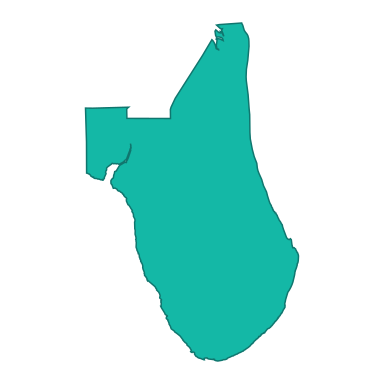 Kusini, Zanzibar South and Central, United Republic of Tanzania
{"feature_id": "72390352B36829534131483", "entity_name": "Kusini", "entity_type": "district", "adm_level": 2, "iso_a3": "TZA", "parent_name": "United Republic of Tanzania", "parent_adm1": "Zanzibar South and Central", "projection": "orthographic", "projection_center": [39.51, -6.327], "detail": "fine", "context": "isolated", "style": "filled", "palette": "teal", "viewbox_px": 384, "rotation_deg": 0, "n_neighbors": 0, "source": "geoboundaries", "source_scale": "gbopen_adm2", "svg_char_len": 6021}
<svg xmlns="http://www.w3.org/2000/svg" viewBox="0 0 384 384"><path d="M219.2,24.6L216.6,25.1L220.2,28.4L221.4,28.9L222.4,28.7L222.2,29.3L221.4,29.5L223.6,35.4L223.7,36.3L221.6,32.0L220.2,31.4L220.4,32.9L219.0,32.6L215.8,29.9L215.0,31.2L215.6,35.4L216.4,37.0L219.3,37.0L221.6,37.6L222.8,39.0L223.2,40.6L221.1,39.6L220.3,39.0L216.4,38.5L216.2,39.4L217.1,40.0L216.3,45.6L216.7,47.3L216.6,48.1L217.4,48.7L218.6,49.3L218.6,49.8L216.2,48.7L215.4,45.4L214.1,42.5L213.0,40.8L211.9,39.7L202.4,55.7L175.3,98.2L171.1,107.1L170.4,109.4L170.5,118.5L126.9,118.4L126.7,109.2L127.3,108.3L128.6,107.2L92.8,108.2L85.5,108.1L86.5,141.9L86.6,173.1L87.4,173.2L88.5,173.9L89.4,174.1L90.6,175.4L90.8,176.0L91.5,176.5L92.0,176.6L92.3,177.0L92.7,177.2L93.5,177.1L93.5,177.6L94.2,178.2L95.1,178.5L96.2,178.4L98.0,179.1L98.9,179.0L100.7,179.8L101.5,179.8L102.1,179.5L102.3,180.1L103.0,180.2L104.4,178.2L104.3,177.5L106.0,173.8L106.0,173.2L105.6,172.6L105.6,172.2L106.1,170.5L106.4,170.4L106.6,169.8L106.6,168.2L106.9,167.6L108.0,166.6L111.6,164.0L111.7,163.7L112.2,163.3L113.9,163.8L114.2,163.6L115.9,163.6L116.2,163.9L117.5,163.6L118.7,164.2L119.3,164.2L123.3,162.0L125.2,160.1L125.8,159.8L126.7,158.7L129.2,151.9L129.6,151.2L130.1,149.0L130.8,147.8L130.6,146.7L130.8,145.7L130.4,143.6L130.9,145.5L130.8,146.3L131.1,147.8L130.6,149.0L130.3,149.3L130.2,149.7L130.4,150.4L130.7,150.4L130.5,151.1L129.8,153.2L128.3,157.8L127.0,160.7L126.2,161.5L126.1,161.9L126.4,162.4L126.2,162.6L125.1,162.2L120.1,165.1L119.2,166.0L116.3,170.9L114.7,171.6L114.3,173.7L113.7,175.2L113.4,177.9L112.4,178.5L111.0,180.4L110.9,181.7L111.0,183.6L112.0,184.9L113.3,188.3L115.1,188.1L117.2,189.4L117.5,190.3L118.4,191.0L119.6,191.1L120.6,192.1L121.9,192.7L122.6,194.0L123.6,194.4L123.7,195.4L124.6,196.5L125.3,197.2L126.3,197.8L126.7,198.8L126.4,199.1L126.4,201.0L127.8,204.3L128.2,204.9L128.8,205.1L130.1,207.0L131.0,208.6L132.3,210.4L132.0,210.8L132.0,211.7L133.1,213.2L133.5,215.2L133.4,216.2L134.8,219.0L135.0,219.9L134.9,221.6L134.6,222.0L134.8,228.9L135.1,229.7L135.2,231.0L135.1,234.2L135.9,237.0L136.1,238.6L135.7,239.3L136.0,240.2L136.1,241.8L136.3,242.3L136.1,247.2L137.0,249.8L137.0,250.4L137.6,251.4L137.9,252.3L138.3,252.7L138.2,253.6L138.6,253.6L138.8,253.9L139.2,255.0L139.4,257.2L139.8,258.1L140.0,258.4L140.0,258.7L140.2,259.5L140.8,260.2L140.7,261.4L141.4,262.3L141.4,262.8L141.9,263.2L142.6,265.1L142.8,266.4L142.7,267.5L143.1,269.3L144.2,271.9L144.4,273.1L144.2,273.5L144.5,273.9L144.6,275.5L146.0,276.9L146.1,277.4L146.9,278.4L147.0,279.6L147.4,280.6L147.6,280.9L147.9,280.5L155.1,286.7L155.7,288.0L156.5,288.9L156.6,290.0L158.7,292.1L159.6,293.9L160.1,295.6L160.0,296.6L159.8,296.9L159.7,297.7L159.9,298.2L161.4,299.6L161.5,300.0L160.8,300.9L161.2,301.9L160.9,302.2L161.2,302.8L161.3,303.9L161.1,305.3L161.2,306.1L160.7,306.2L161.4,307.7L164.7,313.0L165.2,314.4L167.3,315.8L167.2,316.4L166.6,316.6L166.2,318.1L166.4,318.6L166.7,318.8L167.0,319.2L167.9,319.8L167.8,320.3L169.0,323.1L169.1,324.2L170.2,325.9L171.2,328.8L174.1,330.9L174.8,331.8L174.8,332.0L176.6,333.2L180.1,336.0L183.0,339.9L182.9,340.1L184.3,341.7L184.9,342.2L185.0,342.5L185.9,343.0L187.0,344.1L186.9,344.8L187.1,345.2L189.2,346.9L189.3,347.2L190.2,348.1L190.2,348.5L191.3,350.0L191.4,350.3L190.6,351.6L191.3,352.2L192.1,352.5L192.8,351.9L193.7,352.2L194.5,352.6L194.6,353.4L194.5,354.0L195.5,355.7L196.1,356.4L196.6,356.4L197.5,357.3L198.5,357.9L201.4,358.7L202.2,359.2L203.4,359.5L203.9,359.8L204.4,359.8L204.2,359.1L203.9,358.8L204.1,358.5L205.0,358.1L206.9,357.8L207.3,358.5L207.6,358.4L208.7,359.0L212.8,359.5L213.0,359.5L213.1,359.2L213.8,359.1L214.3,359.3L214.1,359.6L214.2,359.9L215.6,360.6L217.8,361.0L222.0,360.3L223.7,359.6L224.1,359.7L225.6,359.5L227.0,358.9L227.1,358.5L228.2,357.8L230.7,356.8L231.7,356.2L233.5,355.8L234.3,355.1L235.6,354.7L236.0,354.3L237.4,354.0L237.9,353.5L239.5,352.7L240.4,352.4L242.8,351.1L243.2,351.1L244.3,350.0L245.5,349.5L246.0,348.9L247.9,347.7L249.9,346.1L251.7,343.9L252.0,343.9L252.4,343.4L252.6,343.4L253.0,342.9L253.3,342.8L253.5,342.3L253.1,342.5L253.9,341.8L254.1,341.4L255.8,339.9L255.8,339.7L256.2,339.4L256.4,339.1L256.9,339.0L258.3,337.7L258.6,337.2L258.8,337.2L258.8,336.5L260.3,336.1L260.6,335.7L261.0,335.3L261.0,334.8L261.1,334.5L261.7,334.4L262.2,333.7L263.3,333.4L264.2,332.8L264.6,332.9L264.7,332.7L264.4,332.5L264.9,332.3L264.9,332.2L267.5,328.9L268.3,328.5L269.0,328.3L270.7,327.0L271.2,326.1L271.6,326.0L272.8,324.6L273.1,324.1L273.4,323.8L273.5,323.5L273.8,323.4L274.1,323.0L274.9,321.7L275.5,321.5L275.6,321.3L275.4,321.2L275.6,321.0L276.5,320.3L277.1,319.3L277.4,319.1L277.6,318.6L278.0,318.4L277.9,318.1L278.1,317.4L278.9,317.1L279.2,316.3L279.9,315.8L281.2,313.5L281.5,313.5L281.7,313.3L281.8,312.7L282.1,312.5L283.5,309.5L284.4,308.4L284.6,307.6L285.0,307.2L285.0,306.3L284.8,305.6L285.1,305.2L284.8,304.5L284.8,303.3L285.3,301.5L285.6,299.7L287.8,292.3L289.4,289.9L290.7,287.5L292.0,284.6L292.9,282.0L294.5,275.3L294.8,273.5L294.9,272.1L295.1,271.8L295.2,271.1L295.4,270.6L295.3,270.3L295.7,269.7L296.5,267.5L297.2,265.0L297.2,263.9L297.5,263.5L297.4,263.4L298.0,262.3L298.3,260.1L298.5,256.2L298.4,255.2L297.6,252.8L297.2,252.6L297.0,252.3L297.0,252.0L295.8,249.8L295.6,249.0L294.1,247.9L294.1,247.7L293.8,247.6L293.0,247.9L292.7,247.7L291.9,244.4L291.3,239.7L290.4,238.7L289.2,239.6L288.7,239.4L287.9,239.1L286.9,238.1L286.4,237.2L283.5,229.5L282.4,226.0L282.4,225.3L282.0,224.4L281.3,223.7L280.8,222.4L279.0,219.8L278.5,218.5L277.9,217.5L277.1,215.3L276.2,214.1L275.8,213.0L274.9,212.8L274.6,211.7L274.0,211.5L273.5,210.8L273.3,210.0L272.8,209.8L272.5,208.1L271.8,207.3L271.2,205.4L270.0,203.4L269.3,201.6L267.6,196.2L266.5,191.9L263.5,185.7L261.7,179.5L259.0,173.5L257.9,170.6L257.3,167.9L256.8,163.3L254.2,156.6L252.3,149.4L250.3,138.9L249.9,132.4L249.7,114.7L249.1,108.5L248.1,94.7L246.3,80.7L246.1,76.8L246.4,69.3L247.8,60.2L249.0,46.3L248.9,41.3L248.7,38.7L247.9,35.8L247.2,34.4L245.1,31.7L244.2,30.2L242.7,25.1L242.0,23.9L241.7,23.0L219.2,24.6Z" fill="#14b8a6" stroke="#0f766e" stroke-width="1.5"/></svg>